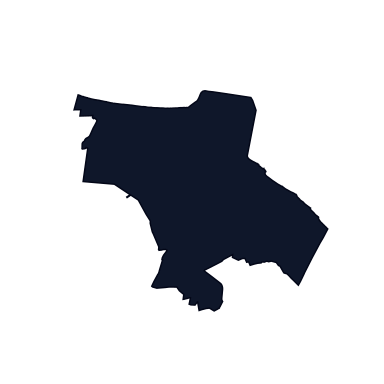 the district of Liepāja, Liepāja, Latvia, rotated 110°
{"feature_id": "27541924B54461346766762", "entity_name": "Liepāja", "entity_type": "district", "adm_level": 2, "iso_a3": "LVA", "parent_name": "Latvia", "parent_adm1": "Liepāja", "projection": "natural_earth1", "projection_center": [21.025, 56.537], "detail": "fine", "context": "isolated", "style": "filled", "palette": "ink", "viewbox_px": 384, "rotation_deg": 110, "n_neighbors": 0, "source": "geoboundaries", "source_scale": "gbopen_adm2", "svg_char_len": 5693}
<svg xmlns="http://www.w3.org/2000/svg" viewBox="0 0 384 384"><g transform="rotate(110 192 192)"><path d="M219.4,297.9L211.2,267.6L215.7,249.1L219.0,251.6L219.4,251.1L215.8,248.5L217.9,239.7L228.6,227.5L233.4,221.3L235.8,220.5L243.1,215.6L244.5,214.1L246.0,212.7L254.9,204.4L257.5,203.7L257.6,202.8L257.9,202.8L256.8,200.5L256.3,200.0L256.1,199.7L255.8,199.1L255.0,197.2L255.1,195.8L255.2,195.6L255.5,195.5L255.9,195.5L260.5,196.9L261.2,197.1L264.1,197.4L265.8,197.1L265.8,196.7L265.7,196.6L265.7,196.4L276.6,195.8L278.5,195.6L280.4,195.6L281.0,195.9L289.0,197.1L294.3,197.6L294.7,196.6L294.4,192.3L294.2,191.8L290.8,184.4L289.3,181.5L288.1,178.3L286.5,173.7L289.1,170.1L290.4,166.6L291.0,164.7L295.9,163.6L295.4,162.7L294.2,161.0L294.1,160.9L293.9,160.4L292.0,157.9L291.9,157.3L295.6,156.7L298.4,156.3L298.4,154.4L297.2,150.5L293.8,149.5L293.4,149.1L300.9,144.8L299.1,142.5L297.6,140.3L296.7,139.0L295.1,135.9L295.7,133.0L296.2,130.5L293.4,128.0L292.6,127.4L292.1,126.8L291.7,126.6L291.3,126.7L290.7,126.7L290.4,126.5L284.4,125.8L284.2,126.1L283.5,126.8L283.0,127.2L281.7,127.7L273.0,130.0L271.7,130.5L270.8,131.0L270.1,131.5L269.6,131.9L269.0,132.5L268.6,133.1L268.3,133.5L267.6,135.6L264.6,145.0L262.1,153.2L261.8,153.6L261.0,153.4L251.5,144.5L246.9,140.3L244.7,139.4L236.9,132.4L239.6,131.6L240.2,125.1L237.3,122.0L236.3,119.5L239.3,116.6L238.2,114.9L241.0,112.3L238.5,109.0L236.4,105.8L235.0,102.8L233.7,102.2L233.1,100.0L231.4,98.1L231.3,96.1L229.8,93.8L229.4,88.6L231.5,85.6L231.6,83.9L235.6,79.2L236.6,77.9L236.4,74.7L237.5,72.2L239.1,69.2L240.3,66.4L243.2,60.2L238.7,59.5L230.7,58.7L230.7,58.8L212.5,56.6L196.4,54.3L189.9,53.1L180.3,51.8L180.1,52.3L179.9,52.8L179.4,53.6L179.2,54.1L178.9,54.8L178.8,55.2L178.6,55.5L178.5,55.8L178.2,56.2L177.7,57.6L177.1,58.6L176.2,60.8L175.9,61.2L175.2,62.3L174.6,63.1L174.5,63.3L174.1,63.7L173.3,64.3L172.5,64.4L172.2,64.7L172.2,65.1L172.0,65.8L171.6,66.5L171.4,67.5L171.2,68.1L171.1,68.3L170.5,69.4L170.1,69.9L169.9,70.4L169.8,70.8L169.6,71.1L169.4,71.4L168.9,72.5L168.9,72.8L168.6,73.3L168.3,73.9L168.1,74.3L167.3,75.1L167.2,75.2L166.6,75.1L166.4,75.9L166.2,76.6L166.1,76.9L166.0,77.3L165.9,77.6L165.8,78.1L165.6,78.6L165.2,80.2L165.0,80.5L165.0,80.8L164.8,81.2L164.6,81.9L164.5,82.2L164.5,82.4L164.4,82.6L164.2,82.9L164.0,83.0L163.5,84.1L163.2,84.7L163.2,85.2L163.1,85.6L162.7,87.0L162.5,87.6L162.3,88.0L162.2,88.1L161.8,88.7L161.8,88.8L161.5,89.4L161.3,89.9L160.9,90.7L160.9,90.9L160.8,91.1L160.7,91.2L160.3,91.9L159.7,92.2L159.3,92.6L159.0,92.9L158.9,93.3L158.7,93.5L158.8,93.7L158.5,95.1L158.3,96.2L158.2,97.0L158.1,98.9L158.0,99.9L157.7,101.4L157.7,101.6L157.4,103.3L157.4,103.6L157.1,105.3L157.0,105.7L155.8,109.4L156.1,109.6L155.8,110.8L155.2,114.4L154.7,116.2L153.8,119.9L153.9,120.2L153.7,120.4L152.1,125.4L151.9,126.5L151.2,128.1L150.8,128.8L150.5,129.1L149.9,129.6L149.1,129.9L148.1,130.0L147.8,129.9L147.6,129.6L147.2,129.9L147.1,130.3L146.8,130.6L146.6,131.0L146.5,130.9L146.4,131.0L146.3,131.4L146.2,131.4L146.1,131.6L145.8,132.0L145.8,132.3L145.9,132.5L145.6,132.6L146.0,132.9L146.1,133.0L146.1,133.4L146.0,133.6L145.6,133.8L145.7,134.0L145.8,134.2L145.8,134.4L145.6,134.9L144.9,136.3L144.8,136.8L144.6,137.2L144.7,137.4L144.6,137.6L144.5,137.8L144.4,138.1L143.8,138.4L143.9,138.6L143.7,138.8L143.6,139.2L143.3,139.5L143.1,139.6L143.2,140.2L143.1,140.5L142.9,140.7L142.9,141.0L143.0,141.2L143.2,141.4L142.9,142.1L142.6,143.9L142.6,144.6L142.1,147.5L141.8,148.8L141.5,149.6L141.2,150.4L140.8,151.0L140.4,151.5L139.9,152.0L139.4,152.3L138.9,152.5L93.3,159.8L85.3,166.3L83.1,169.0L87.2,189.4L88.0,193.4L90.7,206.4L91.9,211.2L92.3,213.8L92.6,214.7L93.5,216.2L95.3,217.3L95.8,217.4L97.4,217.6L100.8,217.7L102.4,217.9L103.7,218.1L104.6,218.4L105.5,218.9L106.2,219.5L111.3,222.9L112.5,223.6L114.0,224.5L114.3,225.6L114.6,226.3L115.0,226.9L115.1,227.5L115.3,228.3L116.1,230.0L116.5,231.0L116.7,231.7L117.6,233.6L118.0,234.3L118.4,235.4L118.7,236.2L118.9,236.6L119.3,237.6L119.8,238.8L120.4,240.1L120.7,241.1L121.1,241.8L121.5,243.2L121.8,244.0L122.7,246.2L122.7,246.8L123.4,249.1L123.8,250.1L124.2,251.5L124.6,252.8L124.7,253.3L124.8,253.5L124.9,253.9L125.0,254.0L125.1,254.3L125.8,256.5L126.2,257.9L126.4,259.2L126.6,259.9L127.1,261.2L127.5,262.5L127.8,264.4L128.0,265.6L128.3,266.2L128.4,267.0L128.9,268.0L129.0,268.6L129.4,270.5L129.8,272.3L129.9,272.8L130.2,273.9L130.5,275.5L130.8,277.0L130.9,277.4L131.0,278.1L131.1,278.5L131.3,278.8L131.3,279.1L131.6,280.4L131.7,280.8L133.2,286.8L133.6,287.9L134.9,293.6L135.3,295.4L135.6,296.0L135.7,297.7L136.0,298.6L136.1,299.7L136.2,300.4L136.2,301.0L136.5,302.0L136.4,302.9L136.6,304.0L136.8,304.6L137.0,306.1L137.1,306.7L137.2,307.6L137.5,309.0L137.5,309.8L137.7,311.0L138.1,312.9L138.2,313.6L138.4,314.4L138.9,317.7L139.1,319.3L139.1,319.8L139.1,320.2L139.3,321.2L139.3,321.9L139.2,322.3L139.2,322.6L139.4,323.0L139.4,324.4L139.6,325.1L139.5,326.8L139.7,327.3L139.8,328.8L139.7,329.2L139.6,330.7L139.7,331.7L139.7,332.2L155.1,330.9L154.7,330.1L152.7,324.6L158.9,323.3L154.6,312.4L154.4,312.4L154.0,311.4L156.2,310.9L156.4,310.6L156.5,310.1L156.7,309.7L156.7,309.4L156.3,308.9L155.8,308.6L156.1,307.8L156.5,307.1L156.7,306.6L157.0,306.0L157.4,305.8L157.8,305.7L158.8,305.7L162.7,306.2L165.6,306.7L168.4,306.9L171.6,307.1L173.8,307.3L174.4,307.4L174.9,307.6L175.6,307.9L175.7,308.1L176.1,308.3L176.5,308.6L176.9,309.1L177.1,309.2L177.7,309.5L177.8,309.7L177.8,309.8L178.3,310.1L179.5,310.5L180.7,310.5L180.9,310.5L182.2,311.4L182.6,311.5L183.2,311.7L184.2,311.7L184.5,311.6L186.3,311.0L187.7,310.5L188.9,310.2L189.1,309.9L189.1,309.7L188.7,309.0L188.1,307.8L187.3,306.8L186.7,307.0L186.5,306.9L186.4,306.7L186.6,304.9L219.4,297.9Z" fill="#0f172a" stroke="#020617" stroke-width="1.5"/></g></svg>